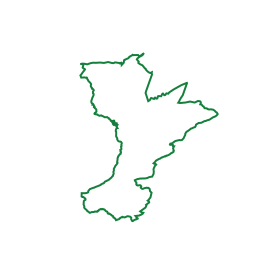 Chiquinquirá, Boyacá, Colombia (Equal Earth projection), rotated 235°
{"feature_id": "7082276B335573977446", "entity_name": "Chiquinquirá", "entity_type": "district", "adm_level": 2, "iso_a3": "COL", "parent_name": "Colombia", "parent_adm1": "Boyacá", "projection": "equal_earth", "projection_center": [-73.82, 5.627], "detail": "fine", "context": "isolated", "style": "outline", "palette": "green", "viewbox_px": 256, "rotation_deg": 235, "n_neighbors": 0, "source": "geoboundaries", "source_scale": "gbopen_adm2", "svg_char_len": 5790}
<svg xmlns="http://www.w3.org/2000/svg" viewBox="0 0 256 256"><g transform="rotate(235 128 128)"><path d="M59.4,65.3L58.5,68.3L58.6,69.7L58.8,69.8L58.5,72.3L58.0,72.3L57.8,72.9L56.6,74.1L56.1,76.8L55.6,77.5L54.1,78.9L53.3,79.1L52.7,79.2L51.7,78.4L50.8,78.2L49.4,78.1L49.0,78.5L49.0,80.7L48.4,82.6L48.2,84.0L48.8,84.1L49.9,83.6L50.8,83.8L51.6,83.7L50.0,86.7L49.4,89.5L49.4,91.0L49.8,91.9L50.8,90.9L52.7,90.2L52.8,96.7L53.9,98.6L54.7,98.7L54.9,102.6L55.3,102.9L56.1,102.9L57.2,102.5L57.3,104.0L57.8,104.9L58.2,106.5L61.5,110.2L63.5,109.8L65.8,110.8L67.4,110.3L67.9,109.4L68.4,109.0L69.3,106.9L69.6,105.3L70.2,104.6L71.8,104.2L72.6,105.4L73.6,105.4L74.3,105.0L75.3,103.0L76.2,102.4L77.1,102.7L77.3,102.6L78.3,103.5L81.0,103.5L81.3,103.6L80.8,106.2L80.4,107.1L79.6,109.0L76.8,113.2L76.0,115.1L75.5,117.5L74.3,119.9L75.8,122.7L77.5,124.1L79.5,125.2L80.2,126.0L81.5,128.3L81.9,130.1L82.7,129.9L83.7,129.0L84.4,128.7L84.7,130.9L85.2,132.0L85.1,133.7L84.8,136.0L84.5,136.8L84.6,138.5L84.2,139.2L84.2,140.0L83.8,141.1L83.8,141.9L83.3,142.3L83.4,143.3L83.1,143.6L83.2,144.1L82.8,144.6L82.6,145.8L82.5,147.5L82.7,148.5L82.4,149.3L82.5,149.9L82.3,150.6L82.4,151.6L82.9,151.9L83.0,152.3L83.3,152.3L83.4,152.6L85.6,153.3L86.6,155.3L87.4,154.4L87.8,154.5L88.3,155.0L88.9,154.6L89.2,154.6L90.0,152.9L90.4,152.9L90.5,153.2L90.7,153.3L90.9,153.8L90.3,154.8L90.2,155.4L90.1,156.5L90.3,158.4L89.9,160.1L88.6,163.3L88.0,163.8L87.2,165.2L87.7,167.7L88.7,169.3L89.4,170.8L90.5,171.7L91.3,173.6L91.2,176.5L91.4,179.2L91.0,180.2L90.8,182.0L90.3,183.3L90.6,184.3L91.6,185.5L91.8,186.2L91.6,187.7L91.6,188.7L90.2,191.1L89.8,194.5L89.2,195.7L88.8,197.6L88.1,199.4L88.0,203.5L87.8,204.7L87.5,205.5L87.4,207.7L87.9,209.4L88.0,209.5L89.7,209.6L90.9,209.1L92.5,208.9L94.1,208.3L95.7,206.7L96.7,205.0L97.8,204.1L98.1,204.2L99.1,203.6L100.3,202.1L102.2,202.3L103.1,201.8L105.0,201.7L105.9,200.8L106.3,201.6L107.4,202.4L108.1,202.5L108.7,202.2L110.0,200.8L110.6,197.2L114.1,194.0L115.7,190.1L116.8,188.1L117.1,187.7L117.3,187.2L118.6,185.0L119.9,183.7L120.5,185.3L121.2,186.3L122.4,188.9L123.4,191.6L130.3,201.2L130.9,202.1L131.2,202.1L132.5,196.4L133.4,187.5L133.5,182.1L133.0,180.7L134.3,179.4L134.3,179.1L133.7,177.6L133.8,176.9L134.3,176.5L136.2,176.4L136.3,176.2L136.2,175.6L135.0,173.4L136.7,171.2L136.8,170.7L135.4,169.0L135.8,168.1L137.4,167.6L137.4,167.2L136.8,166.5L136.8,166.0L139.3,164.2L139.1,163.4L138.3,161.9L138.4,160.0L146.6,162.5L148.0,164.2L158.1,178.4L159.1,178.7L160.0,179.5L160.3,177.8L161.9,176.8L164.6,176.2L166.3,176.2L166.5,176.4L167.4,176.0L171.0,175.8L173.5,174.4L175.4,173.8L176.2,174.8L179.1,174.6L179.6,175.7L179.7,178.7L179.4,180.5L179.5,182.2L180.2,184.0L180.0,180.2L180.3,178.5L180.7,178.2L182.0,178.1L184.7,174.1L185.3,173.8L185.2,172.5L185.5,171.1L185.3,170.2L185.5,169.8L185.1,168.9L185.0,168.1L185.5,165.9L185.5,164.9L185.8,164.6L185.8,163.8L185.6,163.4L183.9,162.0L183.3,159.1L184.6,160.0L185.0,159.1L185.5,159.5L185.9,158.2L186.3,158.1L189.2,155.0L189.4,153.5L189.7,153.0L190.9,151.7L193.4,149.6L195.1,145.6L197.6,142.7L200.0,138.8L201.6,136.7L202.6,134.4L203.6,131.0L205.0,129.8L206.8,127.7L207.8,125.6L206.4,127.4L205.7,127.8L205.2,127.6L203.5,125.5L202.4,125.7L201.0,126.4L200.6,126.3L199.4,122.4L198.8,120.9L198.4,119.2L196.1,118.6L194.3,121.5L193.5,122.1L193.1,123.0L192.7,123.2L191.4,122.7L190.4,122.8L189.3,122.5L186.7,123.0L185.1,123.0L183.7,121.5L182.1,121.3L181.7,121.5L180.9,121.0L179.8,121.7L178.8,121.7L178.4,121.5L178.3,121.0L177.9,120.1L176.3,119.2L175.7,119.4L174.5,118.5L173.2,116.1L171.1,113.4L170.2,112.8L169.7,112.8L168.9,112.5L167.9,113.1L167.5,112.8L167.3,112.9L167.2,112.6L166.8,113.1L166.3,112.9L165.6,113.0L164.7,112.1L164.1,112.7L163.4,112.2L162.2,112.6L161.3,112.6L159.5,111.5L159.3,110.4L159.4,109.5L158.9,108.7L158.5,108.8L158.1,109.5L157.5,109.6L156.7,110.6L155.6,110.9L154.4,111.6L153.7,113.3L153.4,113.5L152.7,113.7L152.3,114.1L150.2,115.1L148.8,117.2L148.1,117.3L147.2,117.9L146.5,117.7L145.0,118.3L144.0,118.0L143.5,118.1L143.3,118.5L142.0,118.4L142.0,118.7L142.5,119.7L142.4,120.3L141.9,120.8L141.3,120.4L141.3,120.1L141.8,119.3L141.4,118.6L140.6,118.3L140.9,119.3L140.2,120.1L139.1,118.4L138.7,118.2L138.5,118.6L138.9,119.1L138.9,120.2L138.6,121.2L138.3,121.5L137.2,120.9L136.9,119.7L136.7,119.9L136.7,120.8L136.5,121.0L135.8,119.5L134.0,119.3L134.4,118.7L134.4,118.4L133.3,116.9L132.5,116.2L131.7,116.1L130.4,115.3L128.0,113.5L125.7,113.3L125.0,112.7L123.3,112.5L122.5,112.7L121.6,113.4L121.3,113.9L120.6,114.3L119.6,114.4L119.0,114.1L118.3,113.1L117.1,112.5L116.9,111.8L116.4,111.7L116.0,111.2L114.6,110.6L114.2,109.7L114.4,109.1L112.9,108.6L112.8,108.3L112.3,108.4L111.4,107.6L111.1,107.2L111.3,106.5L110.9,105.8L110.8,104.6L110.4,104.2L110.3,103.5L109.6,102.8L109.3,102.1L108.3,101.5L106.7,99.9L106.4,99.8L106.1,99.4L105.6,99.5L105.3,99.3L104.7,97.9L104.2,95.8L103.6,94.9L102.8,93.1L101.2,92.0L100.4,90.8L98.9,90.2L98.1,88.9L97.5,88.4L97.3,87.0L96.9,86.1L96.8,84.2L96.6,83.0L96.7,81.4L96.9,80.9L96.9,79.9L97.1,79.4L97.3,78.2L96.7,76.7L96.8,75.8L97.1,75.3L97.1,73.7L97.3,73.2L97.1,72.6L97.4,71.2L98.4,67.3L98.5,66.1L98.9,65.3L99.8,61.8L99.2,59.4L98.2,58.5L98.2,58.2L98.6,56.6L99.4,55.1L101.2,52.7L98.5,50.7L97.7,51.0L97.1,51.8L94.9,52.5L94.3,52.5L93.6,52.0L93.7,50.4L93.4,49.8L90.7,47.7L88.8,47.3L88.2,46.6L87.2,46.4L84.3,47.1L83.0,47.0L82.2,47.6L80.6,47.9L80.2,48.6L80.0,49.9L78.7,52.1L78.6,53.0L78.1,53.6L77.7,53.8L77.5,54.7L77.1,55.0L77.3,55.3L77.2,55.9L77.4,56.0L77.2,56.6L77.5,57.1L77.6,57.8L77.3,58.3L77.2,59.4L76.6,59.7L76.5,60.3L76.1,60.5L76.0,61.0L75.5,61.1L74.7,62.0L72.8,62.1L71.3,63.0L69.8,62.5L69.5,62.8L69.1,62.7L69.0,62.8L69.0,63.3L68.8,63.5L68.2,63.5L67.6,64.0L66.5,64.3L66.4,64.5L65.3,64.6L64.7,65.1L64.0,65.1L63.1,64.7L62.7,64.9L62.3,65.3L61.7,65.3L60.9,65.6L59.4,65.3Z" fill="none" stroke="#15803d" stroke-width="2"/></g></svg>